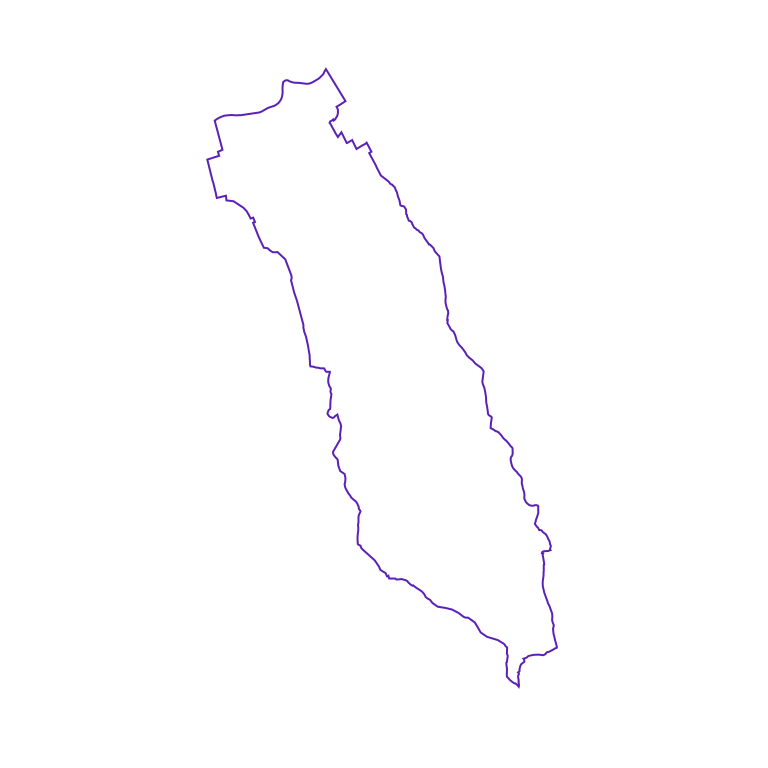 the district of Ciceu - Mihaiesti, Bistrita-Nasaud, Romania, rotated 171°
{"feature_id": "2599482B16133994523797", "entity_name": "Ciceu - Mihaiesti", "entity_type": "district", "adm_level": 2, "iso_a3": "ROU", "parent_name": "Romania", "parent_adm1": "Bistrita-Nasaud", "projection": "mercator", "projection_center": [23.946, 47.221], "detail": "fine", "context": "isolated", "style": "outline", "palette": "violet", "viewbox_px": 768, "rotation_deg": 171, "n_neighbors": 0, "source": "geoboundaries", "source_scale": "gbopen_adm2", "svg_char_len": 6115}
<svg xmlns="http://www.w3.org/2000/svg" viewBox="0 0 768 768"><g transform="rotate(171 384 384)"><path d="M392.1,704.1L394.4,701.3L395.3,699.7L399.5,696.6L401.2,695.6L406.9,693.4L408.8,692.8L411.0,692.4L413.5,692.6L421.1,694.8L424.9,695.5L426.8,696.1L430.1,697.8L431.4,698.9L432.6,699.3L434.5,699.1L436.3,698.0L437.3,695.0L438.0,691.8L438.6,687.4L439.4,684.8L440.3,682.7L440.9,681.6L442.6,679.6L444.3,678.0L446.2,677.0L448.4,676.0L455.2,674.9L462.4,672.2L464.6,671.7L483.2,671.9L488.6,672.6L492.8,673.6L499.3,674.0L501.9,673.6L505.0,672.8L507.9,671.7L510.0,670.6L506.9,640.6L511.7,639.3L511.1,635.2L523.4,633.3L521.5,611.2L521.2,610.1L520.3,599.4L520.2,596.4L520.0,593.9L510.7,594.7L510.9,590.0L504.1,588.1L495.4,580.2L492.7,576.3L491.3,572.8L489.8,568.3L487.2,568.8L486.1,564.1L488.1,563.7L484.8,549.1L481.4,537.4L477.7,536.3L475.4,533.4L473.3,531.6L470.9,531.1L468.6,531.0L462.0,522.6L458.5,505.6L458.6,503.0L459.6,501.1L458.4,488.2L457.0,480.3L454.6,457.5L454.4,455.9L454.4,454.6L454.8,452.3L454.6,448.0L453.6,442.7L453.1,434.0L453.0,423.3L453.4,421.1L453.4,420.1L454.1,414.3L453.9,412.9L451.2,412.2L448.5,410.8L446.9,410.5L444.2,409.4L440.7,408.8L439.6,405.8L439.1,405.1L435.6,404.5L435.7,403.8L437.8,399.1L438.5,396.5L438.8,394.4L438.4,390.8L437.7,389.2L437.2,387.4L438.1,385.1L438.0,383.7L437.5,382.3L439.4,376.1L440.4,371.2L440.7,369.1L441.2,367.7L442.7,367.0L444.4,363.9L444.4,363.1L443.0,360.4L439.9,358.4L438.3,359.0L437.4,359.9L434.8,361.1L434.4,356.3L434.0,354.4L433.1,351.5L433.0,348.8L435.4,340.6L435.6,336.9L436.1,335.9L445.0,324.9L445.1,323.5L444.8,321.8L443.3,319.1L442.1,317.5L441.6,316.3L441.9,310.5L440.9,304.9L437.0,301.3L436.8,297.7L437.0,295.9L437.8,292.9L438.6,291.2L438.5,288.3L438.2,286.7L436.3,281.6L434.6,278.4L434.2,277.1L432.0,274.4L430.9,273.3L429.7,271.6L429.0,269.6L428.2,266.5L428.4,264.7L427.4,262.7L427.1,261.8L429.1,258.9L430.0,256.7L430.8,251.6L431.8,248.6L431.8,246.8L432.3,243.6L433.8,238.3L434.5,234.5L434.9,230.0L434.5,229.4L432.4,227.9L432.4,226.7L431.8,224.9L420.7,211.2L417.4,204.2L416.8,201.2L415.3,199.7L412.0,197.0L411.1,193.5L410.2,193.3L409.6,193.7L409.4,191.1L403.3,190.1L402.3,188.9L397.3,188.6L393.6,187.0L392.3,186.1L391.7,185.5L391.1,184.3L389.0,181.6L387.5,180.4L386.8,180.6L384.4,178.0L382.3,176.2L379.0,173.1L377.3,170.5L376.1,167.0L374.7,165.5L372.2,163.5L370.4,160.1L365.7,155.6L358.3,153.2L352.1,150.6L346.2,146.2L341.8,141.6L340.3,140.6L337.4,140.0L331.6,134.3L329.1,128.1L327.4,123.5L321.8,118.2L311.7,113.3L306.4,108.8L305.5,107.5L304.9,106.0L303.6,104.5L304.8,98.4L304.3,96.1L306.2,90.0L306.8,89.5L307.1,86.5L307.0,84.0L308.4,76.4L308.3,75.7L306.1,72.2L304.4,70.2L302.2,68.0L300.9,67.7L299.2,65.5L298.3,63.9L297.9,64.8L297.7,66.0L297.8,68.6L297.5,68.9L297.3,71.3L297.4,72.4L297.3,74.6L296.5,75.9L296.2,76.2L296.1,76.5L296.1,77.3L296.7,78.2L295.9,78.5L295.0,79.3L294.8,81.1L293.3,84.5L292.3,85.8L288.8,87.7L288.7,90.1L289.2,90.8L285.8,91.5L284.4,92.5L283.3,92.8L279.0,93.1L274.2,92.6L271.7,92.0L269.6,91.3L268.8,91.3L267.0,91.9L265.7,93.1L265.1,93.5L263.1,93.7L261.1,94.3L258.7,95.1L256.7,96.0L254.5,96.5L254.4,97.7L255.2,105.4L255.3,107.9L255.6,110.2L255.6,111.6L255.5,112.5L255.4,115.6L254.1,118.8L254.1,119.5L254.8,122.9L254.9,124.1L254.6,126.1L254.2,127.4L253.9,130.3L253.9,131.4L255.3,138.7L255.8,140.3L256.5,142.1L256.5,143.5L258.3,152.6L258.8,159.4L258.2,163.9L257.1,167.4L256.2,170.7L255.9,172.9L255.5,174.1L254.5,180.4L254.0,180.6L253.9,181.3L253.9,187.6L254.1,190.2L253.3,191.7L254.5,192.2L254.0,193.2L253.0,193.7L252.0,193.8L248.0,193.4L245.6,193.9L245.9,194.3L245.9,194.8L244.6,197.7L244.6,198.5L245.0,199.5L245.1,202.8L246.1,205.4L246.7,208.0L247.9,210.6L248.9,211.4L249.8,212.5L250.5,213.1L251.2,214.7L252.7,215.4L253.5,215.4L254.4,218.1L255.0,218.7L255.6,219.6L256.9,222.3L255.6,224.7L255.4,225.6L253.4,229.2L251.8,232.5L250.8,239.3L250.9,239.7L252.1,240.4L254.1,240.7L255.1,240.4L256.8,240.6L258.4,241.1L259.7,241.9L261.3,243.7L262.3,245.3L263.0,247.5L263.3,248.8L263.0,250.9L262.6,252.6L262.6,254.0L262.6,255.8L263.2,259.1L263.2,261.8L263.5,263.3L263.3,265.4L262.8,267.6L262.7,268.6L262.8,269.5L263.0,270.5L263.6,271.6L265.7,274.4L266.6,276.4L268.2,278.4L269.7,280.9L270.3,282.9L270.5,284.3L270.8,287.7L270.7,289.7L270.3,291.4L269.4,292.6L268.8,292.9L268.0,294.5L267.6,296.3L267.3,298.9L267.1,300.2L267.2,300.8L267.6,301.5L268.6,302.7L270.9,307.0L272.7,309.6L273.2,309.9L274.9,312.3L276.1,314.9L278.2,318.0L278.6,318.6L279.8,319.3L280.2,319.7L280.9,319.8L282.6,321.5L285.6,323.8L284.5,328.6L282.8,334.0L283.1,334.9L284.8,336.3L285.6,337.2L286.0,338.8L285.8,339.8L285.7,345.9L285.9,349.7L285.3,355.0L285.3,361.3L285.6,365.2L286.5,368.8L286.5,371.0L283.8,380.1L283.7,380.7L283.8,381.6L284.8,383.6L285.7,385.0L290.7,390.0L292.6,393.3L296.0,397.0L297.8,399.6L298.7,402.4L300.2,405.4L301.1,407.1L303.6,410.8L304.9,413.5L305.4,415.5L306.0,420.8L307.0,424.6L307.3,425.2L308.4,426.1L309.5,427.7L309.9,428.5L310.2,429.8L311.9,434.3L311.0,437.2L311.6,437.4L310.4,441.5L309.5,443.8L309.3,446.6L309.9,447.8L310.5,453.4L310.4,456.2L309.2,461.1L309.3,462.0L309.0,466.9L309.0,471.8L309.2,473.6L309.3,475.6L309.0,480.7L309.5,484.7L309.7,488.7L309.6,493.3L309.3,501.3L312.7,506.5L313.3,507.9L313.8,510.4L314.3,511.0L315.2,512.4L316.7,514.3L317.3,514.9L317.8,514.8L318.5,516.6L321.1,521.6L322.1,525.4L323.2,527.1L324.6,528.1L325.4,529.1L326.0,530.3L327.6,531.3L328.6,532.9L329.6,533.6L330.1,534.6L330.5,536.1L331.1,537.6L331.1,538.6L331.7,539.9L332.9,541.0L333.8,541.3L334.1,541.9L334.5,544.1L335.0,545.8L334.9,547.3L335.5,548.4L335.2,550.5L335.0,553.0L336.3,556.0L337.4,556.8L338.8,557.0L339.9,558.2L340.0,562.6L341.0,568.0L341.2,571.2L341.9,573.3L342.6,576.6L344.4,578.9L344.6,579.5L346.0,580.3L346.6,581.0L347.7,583.2L354.5,590.4L357.6,599.8L357.6,600.4L362.5,614.4L360.1,615.4L363.4,625.1L364.7,624.2L368.2,623.0L374.4,620.4L377.3,629.9L382.8,627.8L383.1,627.8L386.7,639.3L390.9,635.1L392.6,639.1L396.3,649.5L396.9,650.4L396.2,651.7L394.1,652.4L392.8,653.3L392.4,652.1L391.6,652.5L390.5,653.5L388.5,655.8L387.9,656.8L387.1,658.9L386.6,662.3L387.5,665.3L384.0,666.6L377.8,669.4L392.1,704.1Z" fill="none" stroke="#5b21b6" stroke-width="2"/></g></svg>